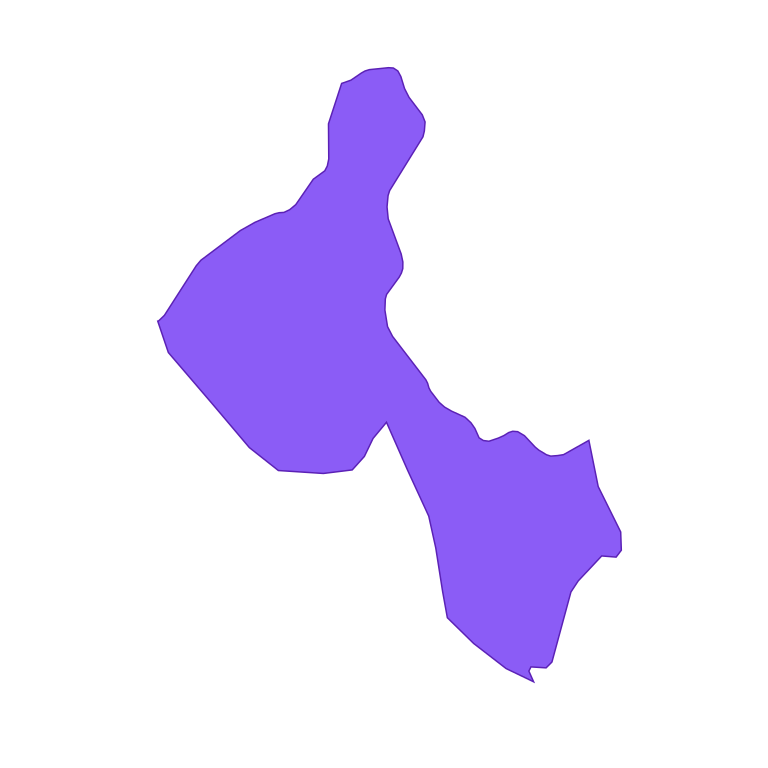 an SVG outline of Wrexham, rotated 263°
{"feature_id": "GBR-2127", "entity_name": "Wrexham", "entity_type": "Unitary Authority (wales)", "adm_level": 1, "iso_a3": "GBR", "parent_name": "United Kingdom", "parent_adm1": "", "projection": "robinson", "projection_center": [-3.021, 52.962], "detail": "fine", "context": "isolated", "style": "filled", "palette": "violet", "viewbox_px": 768, "rotation_deg": 263, "n_neighbors": 0, "source": "natural_earth", "source_scale": "10m", "svg_char_len": 1425}
<svg xmlns="http://www.w3.org/2000/svg" viewBox="0 0 768 768"><g transform="rotate(263 384 384)"><path d="M474.0,167.1L474.1,168.0L478.9,174.4L524.3,212.1L529.2,217.4L553.8,260.1L560.2,275.6L566.3,296.5L566.8,300.9L566.5,305.6L568.5,311.6L572.8,318.3L595.9,338.8L602.8,351.2L607.3,354.3L614.1,356.6L649.0,360.6L687.1,378.4L687.5,378.6L689.6,388.2L695.4,399.4L697.0,403.3L697.8,407.8L697.4,427.0L696.5,431.8L693.0,435.9L687.1,438.2L674.7,440.4L665.4,443.8L646.5,454.8L639.1,456.7L630.2,454.9L624.6,452.8L575.3,413.2L570.5,411.0L559.4,408.6L547.4,408.3L510.9,416.9L502.8,417.6L496.2,416.7L492.0,414.8L488.2,412.1L472.6,397.5L468.3,395.7L457.3,393.9L440.5,394.5L430.2,398.3L383.0,426.1L379.3,427.4L374.7,428.1L371.0,429.5L359.1,436.5L353.7,441.3L348.8,447.8L341.1,460.4L334.9,465.6L328.8,468.8L319.0,471.8L315.8,475.7L314.4,481.2L316.4,490.9L318.2,496.7L320.6,501.8L321.4,506.0L320.4,510.9L315.6,517.1L302.9,526.4L299.5,529.6L294.0,536.6L292.1,540.7L291.8,547.8L292.0,553.6L303.1,580.5L302.7,580.5L256.1,584.1L208.3,600.9L190.1,599.3L183.9,593.3L186.8,579.1L164.9,552.8L154.8,544.2L87.6,516.8L82.5,510.3L85.3,495.4L81.4,492.8L70.2,496.2L86.7,470.5L115.5,441.4L144.3,418.4L170.7,416.9L215.0,415.4L247.4,412.3L295.3,397.0L345.7,381.8L331.3,366.5L314.5,355.7L302.6,342.0L302.6,312.9L311.0,268.6L319.8,259.9L337.3,242.6L384.0,212.0L441.5,173.8L473.4,167.2L474.0,167.1Z" fill="#8b5cf6" stroke="#5b21b6" stroke-width="1.5"/></g></svg>